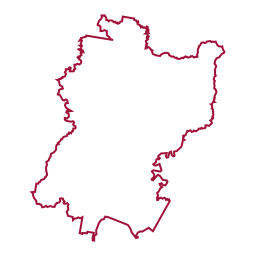 Hawkesbury, New South Wales, Australia
{"feature_id": "25037944B69069268480762", "entity_name": "Hawkesbury", "entity_type": "district", "adm_level": 2, "iso_a3": "AUS", "parent_name": "Australia", "parent_adm1": "New South Wales", "projection": "mercator", "projection_center": [150.826, -33.341], "detail": "fine", "context": "isolated", "style": "outline", "palette": "rose", "viewbox_px": 256, "rotation_deg": 0, "n_neighbors": 0, "source": "geoboundaries", "source_scale": "gbopen_adm2", "svg_char_len": 5690}
<svg xmlns="http://www.w3.org/2000/svg" viewBox="0 0 256 256"><path d="M152.9,231.2L169.8,201.0L168.9,199.3L168.0,200.0L167.2,199.1L166.0,199.9L165.5,198.6L164.5,197.7L162.5,198.7L161.0,197.7L159.9,198.2L158.9,198.0L158.3,199.8L157.2,200.0L157.0,197.9L158.1,195.7L157.1,193.1L158.8,191.4L160.1,188.6L162.1,187.2L159.9,184.9L159.6,183.9L161.5,183.3L163.4,185.2L165.3,185.3L166.7,183.5L167.5,181.4L166.9,180.5L162.8,179.8L160.2,176.3L158.2,174.8L157.3,175.3L153.0,180.3L151.9,179.9L151.7,179.1L154.2,176.6L154.3,175.4L153.8,173.9L152.0,171.6L152.1,171.0L153.6,170.3L160.0,171.5L161.3,170.7L161.4,169.9L159.5,164.0L155.8,165.6L154.2,165.3L153.3,164.3L156.0,162.2L156.5,159.3L157.5,158.9L159.0,159.3L159.5,158.8L159.8,158.3L158.2,157.0L158.3,156.0L161.0,153.5L166.7,153.1L165.9,156.6L166.8,157.7L168.2,157.2L169.4,152.5L170.9,151.6L171.9,155.2L173.4,156.3L174.1,156.1L174.6,155.3L173.9,152.6L174.1,151.6L176.7,151.1L180.9,147.2L181.8,145.4L182.9,140.1L184.2,140.3L184.6,139.9L183.1,138.8L183.0,137.6L183.8,136.7L183.5,136.3L184.0,136.3L183.9,135.5L185.5,135.2L187.4,130.9L188.1,131.2L190.4,130.3L191.8,131.9L193.7,131.2L194.0,130.6L195.8,131.3L198.1,129.8L198.8,128.6L200.7,128.8L201.4,127.8L202.7,128.5L204.9,128.1L205.5,127.5L205.4,125.5L206.5,125.2L208.9,125.9L211.8,123.3L211.9,122.4L210.3,120.5L212.0,119.5L212.1,118.5L213.0,118.3L213.1,117.2L212.4,116.8L213.5,114.3L212.9,113.0L213.3,111.7L212.8,111.0L212.9,109.4L211.7,108.3L212.3,107.6L211.9,105.0L211.0,104.3L211.9,104.1L213.2,101.9L214.6,101.9L213.8,101.1L213.9,99.7L214.5,99.1L214.2,98.1L214.8,97.7L214.5,96.5L216.5,91.9L215.4,89.0L214.4,88.7L214.2,87.7L214.6,85.7L214.1,82.6L214.9,81.0L213.7,79.6L214.5,76.7L215.8,75.6L214.9,74.4L215.1,71.1L214.8,70.4L216.2,65.9L214.5,63.6L215.2,60.5L216.7,58.2L219.3,57.2L221.6,54.1L224.3,52.5L224.2,51.4L222.9,49.3L222.2,46.4L221.4,46.7L218.6,46.2L217.1,44.6L215.7,41.6L214.2,42.0L212.7,41.5L211.3,42.1L210.2,41.0L206.9,41.6L206.3,42.5L204.8,43.0L203.6,42.5L201.5,42.7L200.1,45.3L198.7,46.3L198.9,47.2L197.8,49.5L197.9,52.6L197.0,54.8L197.5,56.8L196.9,57.0L195.5,56.8L194.0,57.5L192.6,56.2L190.8,56.2L190.5,57.0L188.3,57.6L187.3,57.0L186.3,57.1L185.7,56.4L184.1,57.2L183.4,58.2L182.0,57.7L180.1,58.8L178.0,58.9L176.7,57.8L176.3,58.2L175.8,57.6L174.7,57.7L173.7,56.5L171.5,56.7L170.6,55.8L169.3,55.4L168.6,53.4L166.6,52.7L165.4,53.2L164.5,52.9L161.4,54.3L160.0,56.0L155.8,55.3L152.7,53.8L152.0,51.4L152.5,50.5L150.8,49.8L150.6,48.9L148.7,47.2L147.4,47.2L146.7,48.3L145.5,48.5L145.9,46.8L146.8,45.9L146.0,45.0L147.2,43.7L146.1,42.6L145.9,40.8L147.9,39.4L146.7,38.1L146.8,37.6L148.2,37.4L148.8,36.4L147.3,35.9L147.7,34.9L147.2,33.7L145.5,33.6L147.0,32.5L148.4,32.8L147.6,31.6L146.3,31.5L146.7,30.2L147.1,30.7L148.5,30.6L148.5,29.5L147.1,28.6L147.8,27.3L147.6,26.9L146.7,26.4L145.4,28.1L144.4,27.4L143.2,27.8L142.3,26.5L140.9,27.3L140.8,26.0L140.1,25.9L139.8,24.9L137.7,24.2L137.4,22.6L138.3,22.1L138.1,21.3L136.7,21.7L136.0,20.4L134.2,19.9L134.0,18.5L122.8,16.6L122.0,21.3L120.9,21.5L119.5,22.4L119.4,23.2L117.8,23.7L117.5,23.0L116.6,23.0L116.7,22.5L115.2,22.4L115.1,21.8L113.6,22.2L112.6,20.8L111.8,20.5L109.9,20.4L108.5,21.3L108.0,20.3L106.2,19.9L106.4,18.3L105.4,16.4L104.4,16.1L104.5,15.4L101.5,15.5L101.9,17.0L101.4,18.5L99.1,20.9L97.6,24.4L97.8,25.3L99.6,25.6L100.5,26.9L100.5,31.1L102.8,30.9L104.4,30.1L106.8,31.1L106.8,34.5L107.3,35.6L109.7,37.5L110.3,38.9L113.0,40.0L86.3,35.6L86.2,36.6L81.0,38.1L81.2,39.6L80.3,39.5L79.6,40.6L81.2,40.1L81.9,40.5L80.7,43.8L81.8,45.6L80.0,45.7L81.4,46.7L81.0,48.7L79.9,49.4L79.1,49.0L78.5,49.3L79.7,50.1L80.7,49.8L82.8,50.4L83.4,52.4L80.8,51.9L80.6,53.5L81.4,54.1L81.4,55.3L80.3,55.6L79.7,57.3L78.5,56.5L77.6,57.4L79.3,59.5L80.9,60.5L81.3,61.8L80.8,63.3L79.3,64.5L77.2,63.8L76.1,64.6L74.4,64.7L74.4,66.3L75.3,68.8L73.9,69.4L74.1,70.6L73.6,71.3L69.8,71.3L70.7,68.3L70.6,67.6L69.8,67.3L69.1,67.6L68.3,69.3L65.8,69.2L65.8,71.1L64.9,72.2L66.0,73.7L65.0,76.4L62.8,76.9L62.5,78.0L61.4,77.8L60.7,79.1L59.3,78.9L58.4,79.8L57.3,79.9L59.0,81.2L59.8,85.2L62.1,86.5L62.9,88.6L59.4,89.6L58.8,90.7L58.9,92.6L57.8,93.8L57.8,94.5L59.8,94.9L62.7,100.0L64.2,100.5L65.8,99.4L67.2,100.3L67.8,103.1L65.6,103.2L65.0,105.2L65.3,106.2L66.4,108.1L71.4,111.0L68.8,111.4L67.3,110.8L66.5,111.4L66.3,112.4L68.6,113.8L69.0,116.5L67.2,118.4L64.8,118.0L64.8,119.4L65.5,120.4L67.0,121.0L71.2,121.7L72.8,121.2L73.6,121.6L74.1,122.7L73.1,124.4L73.9,125.5L75.5,126.3L75.6,127.9L75.0,128.6L73.3,128.5L72.9,131.2L71.8,131.4L71.2,133.3L68.9,132.6L68.9,133.9L67.3,134.4L66.9,136.0L63.6,136.9L62.4,138.3L62.1,139.3L61.0,139.4L60.1,141.2L57.9,143.0L58.8,144.0L56.7,144.9L56.0,147.2L56.2,148.6L55.8,150.1L53.8,152.4L51.1,153.9L50.5,155.5L50.8,156.5L49.3,158.4L48.7,160.4L46.3,162.0L47.0,164.8L46.1,167.1L46.1,169.7L47.1,174.9L45.6,177.1L44.9,177.3L44.5,178.8L40.9,180.2L40.2,181.8L39.1,182.1L38.2,183.7L36.4,183.6L35.1,191.8L31.7,192.2L33.1,193.8L33.1,195.6L34.0,197.9L36.3,201.0L36.5,203.5L37.3,204.1L39.5,203.8L40.3,204.6L41.1,204.6L42.2,207.3L44.3,206.9L46.1,205.8L47.4,207.0L50.2,206.1L53.6,207.0L54.8,206.7L55.0,205.3L56.9,202.9L59.1,202.5L60.2,201.3L60.0,198.6L61.0,198.3L63.0,198.7L63.1,199.9L64.5,201.4L63.6,202.6L63.7,203.4L64.6,203.8L67.3,203.2L68.5,204.6L67.7,206.2L68.4,209.4L66.7,211.7L68.0,215.9L72.6,216.9L73.0,220.1L74.6,218.6L76.3,218.4L78.3,217.4L80.2,218.3L82.4,217.2L79.7,233.2L82.3,233.9L82.4,232.9L87.0,233.3L87.3,231.8L93.8,232.8L92.6,237.9L92.7,240.4L94.2,240.6L94.2,236.6L94.6,235.5L96.4,234.4L96.2,230.2L99.1,222.7L101.3,219.8L103.8,219.2L105.2,216.6L108.6,217.3L127.8,224.9L130.2,228.2L131.7,232.3L136.1,238.1L137.9,237.5L137.7,236.8L136.7,236.7L136.2,235.3L137.8,232.7L140.1,231.4L142.3,231.6L148.7,227.8L152.9,231.2Z" fill="none" stroke="#9f1239" stroke-width="2"/></svg>